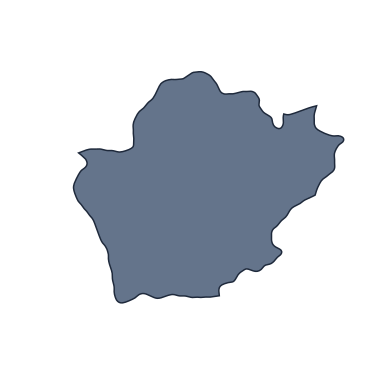 Guayabal, Azua, Dominican Republic, rotated 295°
{"feature_id": "3306468B24687357743066", "entity_name": "Guayabal", "entity_type": "district", "adm_level": 2, "iso_a3": "DOM", "parent_name": "Dominican Republic", "parent_adm1": "Azua", "projection": "mercator", "projection_center": [-70.748, 18.718], "detail": "fine", "context": "isolated", "style": "filled", "palette": "slate", "viewbox_px": 384, "rotation_deg": 295, "n_neighbors": 0, "source": "geoboundaries", "source_scale": "gbopen_adm2", "svg_char_len": 4117}
<svg xmlns="http://www.w3.org/2000/svg" viewBox="0 0 384 384"><g transform="rotate(295 192 192)"><path d="M322.8,268.5L320.0,265.1L317.6,262.4L307.2,252.0L304.2,248.7L303.1,247.3L302.3,245.7L301.9,244.4L301.5,242.2L299.7,242.6L298.0,243.2L293.5,245.5L291.8,246.0L290.1,246.1L288.5,245.9L287.7,245.6L286.9,245.0L286.4,244.3L286.0,243.5L285.8,241.8L286.0,240.1L286.2,239.3L287.0,237.7L288.7,235.9L291.8,233.7L292.3,233.2L292.7,232.6L293.1,231.8L293.5,230.2L294.1,224.8L294.5,223.1L295.2,221.5L297.7,217.3L298.7,216.2L299.4,215.8L303.6,214.3L304.9,213.3L305.8,212.1L307.8,208.7L308.5,207.1L308.6,206.3L308.6,204.5L308.2,202.8L306.2,199.1L304.7,195.8L303.6,194.3L299.9,189.8L298.2,187.5L296.7,184.2L295.1,181.4L294.5,179.8L294.4,178.9L294.4,177.1L295.0,175.4L296.0,173.9L299.6,169.6L300.7,168.0L302.3,164.8L304.3,161.1L304.7,160.3L305.2,158.5L305.4,156.6L305.5,153.8L305.4,151.9L305.0,150.0L304.7,149.1L304.0,147.6L301.0,142.7L299.8,141.6L292.2,137.0L290.9,136.1L290.0,134.8L287.5,130.5L286.7,129.0L285.3,125.7L283.7,123.3L281.8,121.1L280.4,119.9L278.7,118.8L276.9,118.0L274.0,117.6L264.9,117.5L261.0,117.1L260.0,116.9L258.3,116.3L255.3,114.8L253.6,114.2L249.2,113.1L247.5,112.6L243.7,110.7L242.0,110.1L239.3,109.6L234.5,109.4L230.7,109.6L228.0,110.3L226.4,111.0L223.5,112.6L220.2,114.1L215.8,116.7L209.9,119.2L208.4,119.5L207.5,119.3L206.0,118.6L203.9,117.0L201.3,114.4L199.4,112.2L197.8,109.8L197.4,109.0L196.9,107.2L196.2,103.6L195.7,101.9L193.9,98.0L193.4,96.4L192.5,91.9L192.0,90.2L189.7,85.6L188.2,82.3L187.2,80.7L185.3,78.4L179.5,72.7L178.7,76.0L177.4,80.0L176.8,81.7L176.3,82.4L175.2,83.7L173.9,84.7L173.1,85.0L172.2,85.2L171.3,85.3L169.6,85.0L168.1,84.4L165.2,82.8L164.4,82.5L162.6,82.1L159.8,81.8L154.9,81.6L150.1,81.7L147.4,82.2L145.6,82.9L143.3,84.5L141.2,86.4L138.6,89.1L136.7,91.3L135.6,92.8L134.8,94.5L133.8,96.9L131.3,101.4L130.0,104.7L127.5,109.2L126.1,112.4L125.1,114.0L124.0,115.4L122.1,117.4L113.4,126.1L110.2,129.5L109.1,130.9L108.1,132.4L107.0,134.9L106.2,136.4L105.2,137.8L104.1,139.2L102.1,141.0L100.1,142.6L98.5,143.4L96.1,144.5L93.8,146.0L91.6,147.8L86.7,152.4L84.5,154.1L79.8,156.5L78.3,157.5L74.2,160.8L72.8,161.7L71.2,162.5L68.7,163.6L66.5,165.0L64.5,166.7L63.3,167.9L62.2,169.3L61.5,170.8L61.3,171.7L61.2,172.6L61.3,173.5L61.5,174.5L62.3,176.1L64.1,178.3L66.8,180.9L69.7,183.4L72.0,185.1L75.2,186.6L76.7,187.4L77.9,188.5L79.0,189.9L79.7,191.5L80.1,193.3L80.2,195.2L80.3,201.8L80.5,203.7L81.0,205.5L81.9,207.1L83.0,208.6L88.3,214.1L89.5,215.6L90.6,217.1L91.0,217.9L91.6,219.7L92.2,223.2L92.7,225.0L94.5,228.8L95.1,230.5L96.0,234.9L96.5,236.7L96.9,237.5L98.9,241.2L100.2,244.6L102.7,249.0L103.8,251.5L104.6,253.1L109.5,260.6L113.7,258.1L115.3,257.5L117.0,257.2L118.8,257.5L120.5,258.4L122.6,260.2L125.1,263.0L127.4,266.4L127.9,267.0L128.6,267.4L129.3,267.8L131.0,268.2L136.3,268.7L138.1,269.2L139.6,269.8L143.1,271.9L144.4,272.8L145.0,273.4L145.4,274.1L145.9,275.7L146.4,280.9L146.8,282.7L147.5,284.3L148.0,285.0L149.1,286.2L150.5,287.1L151.3,287.5L155.2,288.6L156.6,289.4L157.1,289.9L159.5,292.9L160.7,294.0L162.2,294.9L163.9,295.6L167.3,296.5L169.0,297.0L172.4,298.7L173.9,299.0L174.7,298.9L175.5,298.7L176.1,298.3L176.6,297.6L177.0,297.0L177.3,295.4L177.5,291.2L177.8,289.5L178.5,287.8L178.9,287.1L180.1,285.8L181.4,284.8L182.2,284.3L188.2,281.5L189.9,281.1L191.7,281.1L193.4,281.5L196.3,283.0L197.9,283.6L202.3,284.7L204.0,285.2L208.7,287.4L211.3,288.0L216.0,288.4L217.8,288.7L219.6,289.3L220.4,289.7L222.0,290.7L227.3,294.8L231.3,296.9L232.9,298.0L238.8,303.0L241.2,304.9L246.2,304.2L249.3,304.0L253.5,304.1L256.5,304.4L257.5,304.7L259.3,305.3L263.0,307.4L266.2,308.9L269.8,310.8L271.5,311.2L272.4,311.3L274.1,311.1L275.6,310.5L278.5,309.0L281.7,307.5L284.7,305.8L286.3,305.1L287.2,304.8L289.3,304.5L292.3,304.5L295.4,304.9L297.2,305.4L299.9,306.9L301.2,307.5L302.7,307.6L303.5,307.4L304.2,307.0L304.8,306.3L305.1,305.6L305.3,304.8L305.3,303.2L304.8,300.8L302.8,297.1L302.2,295.4L301.6,292.5L301.2,287.4L301.3,282.4L301.6,279.5L302.2,277.6L303.1,276.1L305.0,274.3L306.4,273.5L308.8,272.4L312.6,270.5L315.2,269.7L322.8,268.5Z" fill="#64748b" stroke="#1e293b" stroke-width="1.5"/></g></svg>